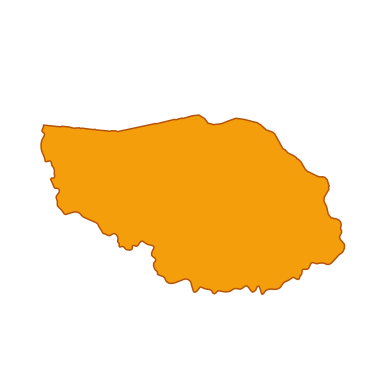 San Antonio La Paz, El Progreso, Guatemala (Albers equal-area conic projection), rotated 154°
{"feature_id": "79465075B78137762102304", "entity_name": "San Antonio La Paz", "entity_type": "district", "adm_level": 2, "iso_a3": "GTM", "parent_name": "Guatemala", "parent_adm1": "El Progreso", "projection": "albers", "projection_center": [-90.259, 14.742], "detail": "fine", "context": "isolated", "style": "filled", "palette": "amber", "viewbox_px": 384, "rotation_deg": 154, "n_neighbors": 0, "source": "geoboundaries", "source_scale": "gbopen_adm2", "svg_char_len": 5015}
<svg xmlns="http://www.w3.org/2000/svg" viewBox="0 0 384 384"><g transform="rotate(154 192 192)"><path d="M296.1,317.2L296.9,315.7L297.9,314.8L298.9,314.0L299.6,313.4L300.2,312.2L299.8,311.0L299.1,309.7L299.2,308.5L300.2,307.4L301.2,306.7L302.5,305.7L303.7,304.7L304.6,303.9L305.5,302.8L306.4,301.6L306.9,300.7L307.4,299.8L307.9,298.6L308.4,297.4L308.7,296.2L309.1,294.6L309.5,288.1L309.7,287.0L309.9,286.2L310.2,285.3L310.4,284.0L309.8,283.2L308.6,282.8L307.2,282.6L306.0,282.2L305.4,281.2L305.6,279.8L306.1,278.5L306.3,277.0L306.1,275.9L305.8,274.6L305.9,273.1L306.1,272.3L306.5,271.0L307.2,269.9L308.0,268.6L308.3,266.6L309.3,265.4L310.4,265.2L311.4,265.7L312.1,266.1L313.4,265.6L313.6,264.3L313.6,263.4L313.6,262.2L313.6,260.5L313.8,258.4L313.9,257.3L313.7,256.2L313.2,255.3L311.9,254.7L311.0,254.1L310.4,252.9L310.5,251.6L311.3,250.2L312.3,249.6L313.1,249.2L314.0,248.7L315.2,248.1L316.2,247.2L316.6,246.4L316.8,245.3L317.1,242.7L318.4,240.1L318.9,239.0L318.7,237.4L318.3,236.1L317.6,234.2L317.3,233.1L317.0,232.1L316.8,230.7L316.6,229.0L316.3,228.0L315.3,227.1L313.9,226.9L313.0,226.8L311.8,226.6L310.1,226.3L307.8,226.0L306.5,225.5L305.5,225.2L304.3,224.4L302.9,223.0L302.3,222.2L301.9,221.0L301.6,219.4L301.3,218.6L300.7,217.4L300.2,216.6L292.0,206.9L291.0,205.3L290.8,204.4L290.8,202.9L290.8,201.0L290.6,199.6L290.4,198.1L290.3,196.6L290.2,195.3L290.2,194.5L289.6,193.2L288.4,192.2L287.8,191.6L287.0,190.5L286.4,189.7L285.6,189.1L284.8,188.8L283.9,188.8L283.0,189.0L281.7,189.1L280.3,188.8L279.3,188.0L278.7,186.8L278.6,186.0L278.5,185.0L278.5,183.9L279.0,182.3L280.0,181.2L280.6,179.9L280.4,178.6L280.1,177.2L281.3,175.4L280.9,174.1L279.7,173.9L278.6,173.6L277.7,172.9L277.1,171.6L276.9,170.6L276.5,169.4L275.6,168.4L274.7,168.0L273.7,167.2L272.5,166.8L271.4,166.8L270.4,167.4L270.0,168.2L269.7,169.0L268.6,169.8L267.5,169.3L266.9,168.6L266.1,167.7L265.1,167.5L264.0,167.7L263.1,168.2L262.0,168.9L261.2,169.4L259.8,169.9L258.2,169.7L257.5,168.6L256.9,167.6L255.8,165.6L255.0,164.6L254.4,163.9L252.7,162.6L251.3,161.4L250.4,160.4L250.3,159.1L250.9,158.3L252.1,157.4L254.4,155.5L255.1,154.6L255.6,153.9L256.0,152.8L255.6,151.2L254.9,149.9L254.3,148.7L254.3,147.2L254.9,146.1L256.0,145.6L256.9,145.3L257.7,144.6L258.4,143.6L258.8,142.7L259.1,141.2L259.2,139.8L259.2,138.0L258.5,136.7L258.1,135.4L258.7,134.2L258.9,132.9L258.1,131.8L254.9,128.6L254.3,127.0L254.3,125.3L254.3,122.9L253.8,121.8L252.9,120.5L252.3,119.9L251.1,119.1L249.2,118.4L247.2,117.9L245.9,117.8L242.8,117.5L240.0,117.2L238.2,117.2L237.3,117.1L236.0,116.6L235.0,116.1L234.1,115.3L233.5,114.4L232.8,112.8L232.6,111.6L232.7,110.5L233.2,108.8L234.2,102.5L234.2,101.4L233.0,100.6L231.8,100.6L230.6,101.0L229.1,101.6L228.2,102.1L226.4,103.0L225.4,102.4L224.8,101.8L223.8,100.5L222.9,99.6L222.1,98.9L220.4,97.5L219.1,96.7L218.1,95.7L217.6,94.2L217.6,93.2L217.4,91.6L216.3,90.7L214.8,90.8L213.6,91.4L212.3,91.7L211.4,91.5L210.3,90.8L209.3,90.0L207.8,88.9L206.6,88.1L205.7,87.6L203.0,86.5L201.6,86.2L200.3,86.2L199.0,86.4L197.4,86.6L196.2,86.5L194.8,86.0L192.1,84.0L191.1,83.5L190.1,83.4L189.2,83.4L187.6,83.7L186.1,84.0L185.1,84.1L183.8,83.5L183.3,82.4L182.9,81.0L182.3,77.3L181.6,75.6L180.2,75.3L178.8,75.6L177.8,75.9L177.0,76.5L176.2,77.3L175.0,78.3L173.7,78.4L173.1,77.5L173.1,76.6L173.2,75.4L174.0,70.6L173.8,69.4L172.7,69.2L171.6,69.7L170.2,70.6L168.6,71.1L167.5,71.1L166.1,71.0L164.5,70.6L162.5,69.5L160.9,68.5L159.0,67.7L157.9,67.4L156.8,67.4L155.6,67.4L154.5,67.5L153.7,67.9L152.8,68.4L152.1,68.9L151.2,69.5L149.9,70.1L148.5,70.4L143.4,70.4L141.9,70.6L140.8,70.8L139.8,71.0L138.5,70.9L137.4,69.8L136.8,68.7L136.0,67.7L135.0,66.9L134.1,66.8L133.0,67.6L132.1,68.7L131.3,69.4L130.2,69.6L129.1,70.5L127.4,73.2L126.7,73.7L125.4,73.6L124.2,72.9L122.7,72.2L121.6,72.1L120.7,72.3L120.0,72.8L116.3,75.8L114.9,75.8L114.0,75.3L112.9,74.2L112.3,73.6L111.6,73.0L110.8,72.6L109.1,72.3L107.8,71.9L106.9,71.4L105.5,70.8L104.2,69.8L102.7,67.9L101.5,67.3L100.3,66.8L99.0,67.0L97.7,67.1L95.4,67.9L89.6,70.2L88.5,70.7L87.1,71.2L86.1,71.3L85.2,71.4L84.3,71.5L83.2,71.9L81.8,72.7L80.5,73.9L79.7,74.7L78.8,76.2L78.4,77.0L78.1,77.9L78.1,79.2L78.7,81.2L79.0,82.4L79.4,83.6L79.4,85.5L79.3,86.5L78.4,87.8L75.8,89.6L75.0,90.4L74.5,91.9L74.6,92.9L74.6,93.9L72.1,97.4L71.6,100.1L72.3,102.4L73.7,104.2L78.4,108.0L79.2,112.6L77.5,119.5L77.4,126.1L75.4,129.3L67.7,134.5L67.2,136.6L66.2,137.0L65.1,143.7L66.2,146.9L67.8,148.4L70.2,149.4L71.4,150.2L73.2,152.3L78.3,158.9L79.1,159.4L80.3,162.9L80.8,171.0L82.2,175.0L83.1,175.8L83.1,177.2L84.9,180.4L88.7,185.1L89.8,189.1L91.3,191.0L92.2,207.9L93.3,210.5L98.0,215.2L100.7,221.9L103.0,225.7L107.2,229.2L113.3,234.4L120.2,239.0L128.7,240.0L135.8,240.5L142.9,243.0L147.5,247.0L148.4,252.3L152.0,258.1L158.4,260.4L167.7,262.0L168.7,262.9L174.7,264.0L175.8,264.9L193.8,268.8L194.9,269.6L232.5,278.9L233.4,280.1L237.6,282.4L238.5,282.3L250.4,289.5L251.9,291.0L253.3,291.3L263.0,297.7L264.2,297.9L265.0,299.0L270.5,301.3L274.3,304.6L280.3,308.2L281.3,308.0L296.1,317.2Z" fill="#f59e0b" stroke="#b45309" stroke-width="1.5"/></g></svg>